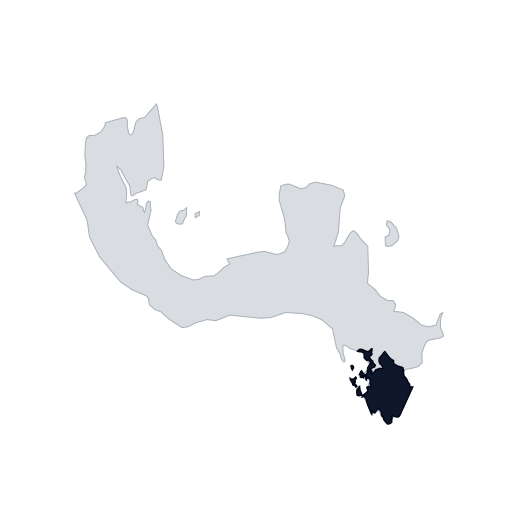 where Bocas del Toro sits in Panama, rotated 205°
{"feature_id": "PAN-1958", "entity_name": "Bocas del Toro", "entity_type": "Province", "adm_level": 1, "iso_a3": "PAN", "parent_name": "Panama", "parent_adm1": "", "projection": "natural_earth1", "projection_center": [-82.341, 9.206], "detail": "fine", "context": "in_parent", "style": "filled", "palette": "ink", "viewbox_px": 512, "rotation_deg": 205, "n_neighbors": 0, "source": "natural_earth", "source_scale": "10m", "svg_char_len": 6374}
<svg xmlns="http://www.w3.org/2000/svg" viewBox="0 0 512 512"><g transform="rotate(205 256 256)"><path d="M446.9,236.0L445.6,237.1L441.8,243.5L439.7,249.0L444.7,254.7L446.2,260.9L449.0,267.5L453.4,274.2L458.4,286.6L459.5,291.6L458.1,294.8L453.5,296.8L449.1,302.6L447.9,309.7L448.8,313.2L435.7,324.5L432.4,326.4L430.1,324.7L427.3,319.0L424.0,314.4L422.2,312.8L421.1,312.7L420.1,313.8L419.6,316.3L421.4,326.9L419.9,331.2L415.5,334.5L410.5,351.8L408.5,349.6L391.6,326.3L377.0,297.5L374.0,284.4L377.7,283.6L381.4,283.9L383.3,281.9L385.6,278.1L383.7,269.3L390.8,262.6L393.4,258.1L395.4,258.6L400.0,266.3L406.7,270.7L415.0,277.1L420.1,278.6L413.6,271.8L402.5,263.0L399.3,257.2L396.3,249.1L392.0,252.6L390.0,255.5L387.7,257.2L385.8,255.2L385.4,252.6L378.9,252.1L377.2,249.7L375.4,248.4L376.2,253.4L377.5,256.5L376.8,260.3L374.7,260.6L372.9,256.7L370.5,253.2L367.4,238.4L359.9,231.5L356.5,229.2L353.7,228.3L349.5,223.6L344.0,221.1L336.5,213.8L327.4,208.5L316.2,206.7L302.6,207.8L298.0,210.7L294.9,214.4L293.5,216.1L285.5,220.4L282.4,226.5L280.5,231.7L276.5,237.5L281.1,241.1L255.0,261.0L249.8,263.9L238.0,266.0L235.3,268.1L231.7,272.0L231.3,278.0L231.8,283.1L235.2,287.0L238.3,289.5L245.6,301.4L258.6,316.4L261.0,321.8L263.1,329.9L259.2,333.7L256.1,335.3L243.8,335.9L239.5,339.2L237.8,344.1L233.2,348.1L217.3,352.1L204.8,352.6L200.9,348.0L200.0,335.0L191.5,312.8L189.5,297.5L187.4,299.4L183.0,301.2L181.5,305.0L180.4,316.2L178.7,320.1L175.3,319.7L168.2,315.7L158.8,312.0L146.8,288.1L145.5,283.6L143.2,278.2L133.9,276.0L126.0,271.9L117.4,271.3L113.0,273.6L108.5,270.7L107.7,264.1L98.7,267.1L87.1,266.1L76.7,263.3L69.6,264.8L63.7,269.4L64.5,281.3L62.8,283.6L62.5,278.8L60.5,273.2L58.0,268.5L52.7,263.7L52.5,262.0L54.5,259.5L64.0,252.6L65.2,249.7L65.4,243.6L64.5,237.9L60.2,229.3L62.6,224.1L67.5,219.9L72.5,216.5L73.4,215.1L72.5,212.2L69.5,209.1L62.7,203.8L58.6,203.4L58.4,188.1L58.6,171.9L59.6,170.3L62.2,169.3L64.2,166.8L65.3,162.0L68.3,160.3L73.7,164.0L79.2,167.3L81.5,166.2L83.2,164.6L84.5,163.0L84.9,161.5L89.3,165.9L98.3,173.5L98.8,177.3L98.0,180.9L100.5,191.3L105.1,192.8L109.9,190.8L111.0,192.7L110.2,194.7L107.7,196.8L107.1,205.7L114.9,209.9L118.7,213.6L131.5,211.9L136.3,212.8L139.5,211.8L135.9,204.6L131.1,199.3L131.5,196.9L135.1,198.7L137.9,202.3L144.2,206.8L155.9,222.3L169.2,226.1L179.7,225.6L189.5,223.5L205.2,217.4L216.5,206.5L225.5,201.6L254.8,191.3L265.1,180.4L269.5,179.0L273.7,177.6L282.9,169.4L287.8,163.0L293.0,159.8L308.5,162.1L318.5,165.2L325.5,164.8L332.1,166.9L335.1,171.6L338.1,173.5L354.5,173.0L367.9,175.3L397.3,189.1L414.9,202.8L424.3,217.3L446.9,236.0ZM151.9,343.4L148.1,343.9L140.2,340.4L134.5,333.7L134.1,331.5L134.2,329.3L137.3,322.4L141.5,320.0L143.1,320.1L147.1,328.0L144.4,331.1L145.5,336.0L151.2,339.6L151.9,343.4ZM340.6,267.1L339.3,270.6L336.0,262.9L336.5,260.9L336.3,254.0L339.4,252.2L341.7,252.1L343.6,253.0L344.8,261.2L343.8,264.8L340.6,267.1ZM107.9,177.4L107.1,181.2L101.7,174.4L104.9,173.3L106.1,173.4L107.9,177.4ZM329.0,268.8L325.9,272.4L324.6,268.9L326.8,265.4L327.6,265.4L329.0,268.8Z" fill="#d9dde1" stroke="#a8b0b8" stroke-width="1"/><path d="M66.3,159.4L70.4,161.3L73.3,164.1L74.0,164.4L74.5,164.1L75.2,165.0L76.1,167.0L76.9,167.9L77.6,168.3L78.8,168.7L80.1,169.0L81.0,168.8L81.4,167.8L81.7,164.7L82.2,163.8L83.3,164.0L84.4,164.6L84.9,164.6L84.2,161.6L85.0,162.1L91.7,168.2L95.8,173.0L98.4,174.6L100.2,173.2L100.1,174.6L99.8,175.7L97.9,179.5L97.7,180.4L97.9,181.5L98.5,182.3L99.3,182.9L99.9,183.5L99.8,184.4L98.9,185.3L97.1,185.1L97.0,186.0L96.6,186.6L96.7,187.0L97.0,187.2L97.4,187.1L98.1,187.7L98.7,188.6L99.2,189.7L99.3,190.7L99.7,191.5L102.2,193.3L102.7,193.3L103.2,192.3L104.0,192.2L104.4,191.9L103.6,190.4L104.6,190.7L104.9,191.6L105.1,192.5L105.6,193.3L106.3,193.5L106.9,193.1L107.1,192.3L107.0,191.0L107.5,191.0L107.5,192.1L108.0,192.6L108.6,192.7L108.9,192.4L108.9,191.4L109.0,190.7L109.3,190.4L109.9,191.0L109.9,190.7L110.0,190.4L110.3,190.4L110.5,191.2L110.7,191.7L110.9,192.2L111.3,192.6L111.8,192.6L111.8,192.1L112.2,192.1L112.1,193.3L112.2,195.5L111.8,196.5L109.6,195.0L108.5,194.5L106.7,194.4L106.0,195.0L105.8,196.4L106.0,197.9L106.5,198.8L106.5,199.3L106.1,199.2L105.1,198.8L105.4,200.0L107.1,201.0L107.5,201.9L107.0,207.1L106.7,207.1L106.3,206.8L106.0,206.6L107.2,207.9L108.9,208.8L110.6,209.0L111.8,208.2L114.3,209.2L115.2,209.8L115.1,210.5L116.2,212.3L116.5,212.7L116.7,213.0L116.8,213.5L117.0,213.8L117.3,213.9L118.1,213.8L119.4,213.9L122.8,212.7L123.7,212.6L123.6,213.0L123.0,214.8L121.7,215.7L119.9,216.2L117.0,216.2L114.9,216.3L113.6,217.1L112.7,218.8L112.3,220.6L111.7,220.9L111.1,220.0L110.8,217.9L110.5,217.1L109.6,216.5L109.4,215.0L110.2,214.4L110.5,213.0L110.1,211.9L108.4,210.7L105.9,210.1L105.1,209.4L104.6,208.4L103.2,208.1L101.7,207.5L101.6,206.3L102.0,205.1L103.0,204.2L103.9,202.8L104.6,201.8L104.1,201.4L102.6,200.8L102.1,200.2L102.5,199.0L102.2,198.1L101.6,198.0L100.6,199.2L99.6,201.3L99.5,203.3L97.7,205.1L96.8,206.2L94.4,207.2L93.5,208.3L94.3,209.2L95.7,209.8L98.3,210.9L99.9,212.4L100.8,214.4L101.1,216.0L100.6,217.3L99.9,219.8L99.4,222.3L98.8,223.8L93.0,220.7L89.8,219.5L87.2,219.4L86.4,217.6L85.7,216.9L84.6,216.4L80.6,216.2L75.8,216.9L74.3,215.1L73.9,214.8L74.0,214.7L73.7,213.9L71.9,210.4L71.0,209.7L67.8,208.4L64.6,205.7L63.0,204.9L62.6,204.6L62.3,204.1L62.1,203.5L61.8,202.9L61.4,202.4L60.7,202.5L58.6,203.5L58.6,202.6L58.5,189.3L58.4,179.6L58.3,172.8L58.5,171.3L59.1,170.2L60.4,169.6L64.1,169.0L65.1,168.4L65.2,167.7L64.9,167.5L64.5,167.3L64.2,166.8L63.7,164.6L62.8,162.9L63.0,162.1L63.8,160.8L65.1,159.6L66.3,159.4ZM101.2,174.9L103.1,173.2L104.2,172.7L105.6,172.7L107.5,176.0L108.0,178.0L107.0,179.4L107.0,180.0L107.3,180.4L107.4,180.6L107.3,180.9L107.0,181.5L106.0,179.7L104.6,177.9L101.2,174.9ZM115.6,182.1L117.3,183.1L118.2,183.7L118.9,184.9L117.6,184.7L116.2,185.3L115.1,186.5L114.5,188.4L114.1,188.3L113.4,187.3L113.6,187.2L113.7,186.9L113.7,185.0L113.4,184.3L112.7,183.8L112.7,183.3L113.7,183.8L113.0,182.1L112.0,181.5L110.7,181.2L109.4,180.5L109.4,180.0L109.8,179.6L110.1,179.4L110.5,179.5L110.8,180.0L111.4,180.2L112.0,180.4L112.6,180.3L113.2,180.0L113.9,180.3L115.6,182.1ZM120.9,194.3L120.5,193.9L120.5,193.5L121.0,193.7L121.3,194.3L121.7,194.5L122.1,194.6L122.4,195.3L122.5,195.8L123.0,196.0L123.5,196.3L123.4,196.8L122.8,197.1L122.3,197.5L121.9,197.4L121.2,196.9L120.7,196.5L120.3,195.8L120.3,195.2L120.9,194.3Z" fill="#0f172a" stroke="#020617" stroke-width="1.5"/></g></svg>